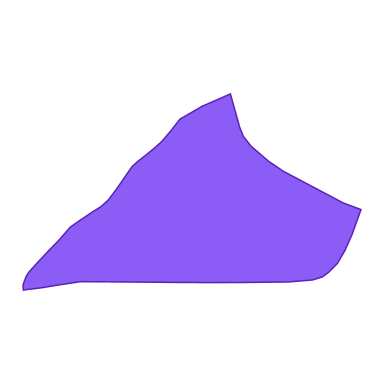 Quan 4, Hồ Chí Minh city, Vietnam (Natural Earth projection)
{"feature_id": "81297802B29563104023098", "entity_name": "Quan 4", "entity_type": "district", "adm_level": 2, "iso_a3": "VNM", "parent_name": "Vietnam", "parent_adm1": "Hồ Chí Minh city", "projection": "natural_earth1", "projection_center": [106.703, 10.761], "detail": "fine", "context": "isolated", "style": "filled", "palette": "violet", "viewbox_px": 384, "rotation_deg": 0, "n_neighbors": 0, "source": "geoboundaries", "source_scale": "gbopen_adm2", "svg_char_len": 1032}
<svg xmlns="http://www.w3.org/2000/svg" viewBox="0 0 384 384"><path d="M29.8,271.1L29.1,271.8L27.3,274.6L27.1,275.0L26.3,276.1L24.0,282.2L23.0,285.3L23.4,290.1L29.6,289.2L31.7,289.0L38.2,288.2L42.1,287.7L57.8,285.1L80.2,281.7L110.0,281.8L110.8,281.9L115.6,281.9L165.2,282.3L171.3,282.4L199.2,282.5L200.2,282.6L208.6,282.6L244.0,282.5L248.8,282.4L249.9,282.4L284.2,282.0L284.8,282.0L285.1,282.0L289.3,281.9L302.2,280.8L308.2,280.3L312.9,279.9L322.6,276.8L328.6,272.3L337.5,263.3L345.0,250.4L347.3,245.2L347.9,243.9L349.2,240.9L349.3,240.7L352.3,233.8L361.0,209.6L343.1,202.9L339.5,201.0L286.8,173.1L283.3,171.3L277.6,167.4L268.6,161.3L251.0,146.1L243.4,136.4L239.7,127.3L230.4,93.9L202.1,106.3L180.0,119.1L171.0,130.6L162.3,140.9L155.3,147.4L150.6,151.2L149.9,151.8L148.0,153.4L137.7,161.5L132.2,166.4L125.8,175.6L122.5,180.4L116.6,188.9L108.4,199.9L103.4,204.4L101.4,206.3L91.6,212.5L82.6,218.6L80.8,219.8L75.8,223.2L70.3,227.1L58.2,241.0L49.7,249.6L36.0,264.2L29.8,271.1Z" fill="#8b5cf6" stroke="#5b21b6" stroke-width="1.5"/></svg>